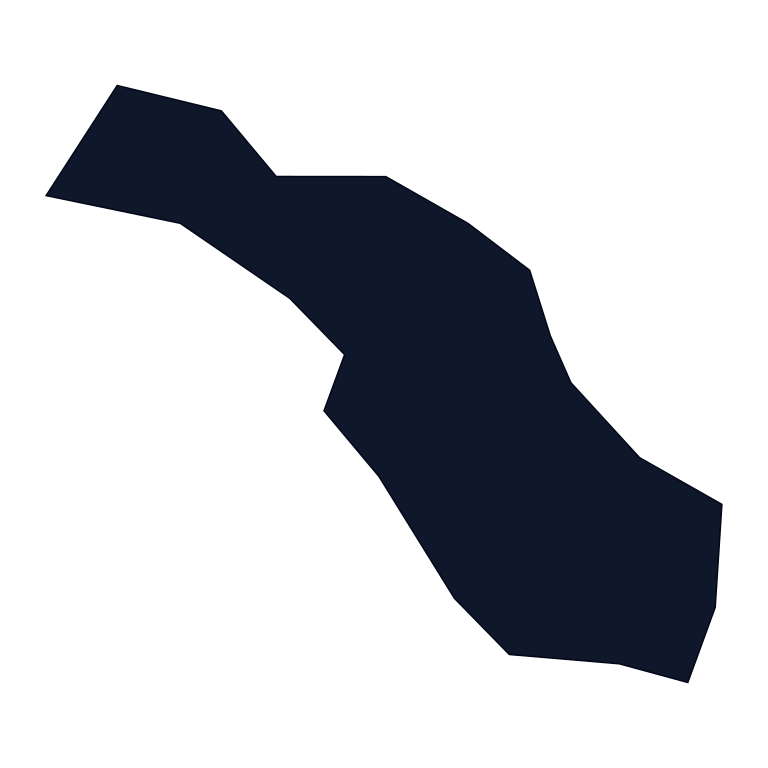 an SVG outline of Zvečan
{"feature_id": "KOS-5892", "entity_name": "Zvečan", "entity_type": "District", "adm_level": 1, "iso_a3": "XKX", "parent_name": "Kosovo", "parent_adm1": "", "projection": "albers", "projection_center": [20.754, 42.971], "detail": "fine", "context": "isolated", "style": "filled", "palette": "ink", "viewbox_px": 768, "rotation_deg": 0, "n_neighbors": 0, "source": "natural_earth", "source_scale": "10m", "svg_char_len": 393}
<svg xmlns="http://www.w3.org/2000/svg" viewBox="0 0 768 768"><path d="M46.1,195.6L117.2,85.5L221.4,110.9L276.2,176.5L385.8,176.6L468.0,223.4L529.7,270.3L550.3,335.8L570.9,382.7L639.5,457.6L721.9,504.4L715.2,607.4L687.8,682.5L619.2,663.8L509.3,654.5L454.4,598.3L378.9,476.4L324.0,410.8L344.6,354.6L289.8,298.4L180.2,223.3L46.1,195.6Z" fill="#0f172a" stroke="#020617" stroke-width="1.5"/></svg>